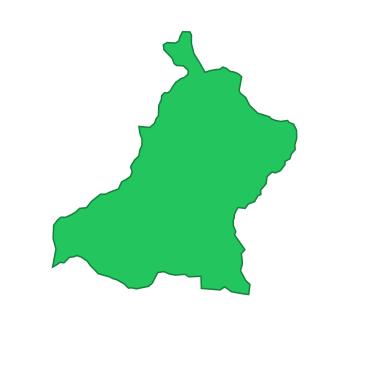 Vale Verde, Rio Grande do Sul, Brazil (Albers equal-area conic projection), rotated 211°
{"feature_id": "56859067B99392255338401", "entity_name": "Vale Verde", "entity_type": "district", "adm_level": 2, "iso_a3": "BRA", "parent_name": "Brazil", "parent_adm1": "Rio Grande do Sul", "projection": "albers", "projection_center": [-52.105, -29.83], "detail": "fine", "context": "isolated", "style": "filled", "palette": "green", "viewbox_px": 384, "rotation_deg": 211, "n_neighbors": 0, "source": "geoboundaries", "source_scale": "gbopen_adm2", "svg_char_len": 1967}
<svg xmlns="http://www.w3.org/2000/svg" viewBox="0 0 384 384"><g transform="rotate(211 192 192)"><path d="M272.8,55.8L270.2,60.5L268.9,63.7L265.2,65.4L263.5,72.9L259.9,75.6L258.1,78.1L253.7,79.2L246.1,78.8L241.8,76.8L230.1,73.7L219.4,76.7L214.8,77.1L211.4,78.1L202.3,78.3L197.0,76.9L194.0,79.0L189.9,80.3L180.6,88.8L179.1,93.4L179.9,105.3L175.0,109.3L168.5,110.2L163.5,112.2L155.6,117.8L151.0,117.7L140.9,124.4L134.3,114.2L117.4,122.6L115.2,127.5L107.0,126.8L98.3,130.0L90.6,133.3L94.7,142.6L100.4,143.8L109.9,149.5L111.5,155.4L112.9,158.1L118.0,164.6L117.0,169.8L133.3,177.1L134.1,180.6L139.0,184.2L141.8,188.3L142.5,191.3L144.0,194.5L144.5,197.9L144.5,202.4L141.7,203.7L138.0,205.4L137.5,210.8L133.4,216.0L133.6,222.9L131.7,225.2L134.2,229.2L133.2,234.2L132.8,237.4L135.6,243.7L133.7,250.2L130.2,251.5L127.2,255.8L126.4,263.4L128.1,266.0L125.2,270.9L126.4,275.9L125.4,281.5L128.2,285.5L129.8,291.8L134.2,298.8L139.8,302.5L144.2,301.6L146.9,302.5L152.2,298.2L157.4,296.3L161.5,295.6L164.7,296.3L176.2,293.4L187.2,295.9L194.6,300.6L201.5,301.6L203.9,303.3L208.8,316.3L213.2,317.2L218.0,316.4L221.7,315.0L226.1,315.7L229.9,315.0L231.5,311.3L234.3,309.5L238.6,305.7L242.6,301.3L251.6,306.5L261.4,311.4L269.1,319.1L273.1,326.0L276.1,328.2L282.6,324.5L282.3,319.1L281.1,314.4L282.9,311.1L290.3,307.3L292.4,303.3L289.3,299.5L277.9,296.4L273.4,292.9L270.4,292.5L264.5,295.7L258.2,294.4L256.1,291.2L257.3,286.8L259.8,283.5L262.4,277.7L262.8,271.9L262.7,267.3L264.0,264.3L266.6,263.0L267.7,259.0L265.9,255.4L265.0,249.1L260.0,239.9L260.5,236.3L259.5,231.6L261.5,225.5L271.3,220.9L266.5,215.1L262.3,211.9L258.9,206.2L258.3,201.1L256.1,195.5L257.7,189.9L257.8,185.1L257.4,181.7L253.7,178.7L252.8,173.5L255.3,168.1L257.5,164.5L256.6,156.7L262.0,150.0L265.2,145.4L269.3,143.0L273.2,132.6L274.4,124.1L279.9,120.1L281.3,115.0L283.7,110.5L287.2,105.3L291.2,103.0L292.8,98.9L293.4,92.2L287.1,80.6L279.3,73.2L272.8,55.8Z" fill="#22c55e" stroke="#15803d" stroke-width="1.5"/></g></svg>